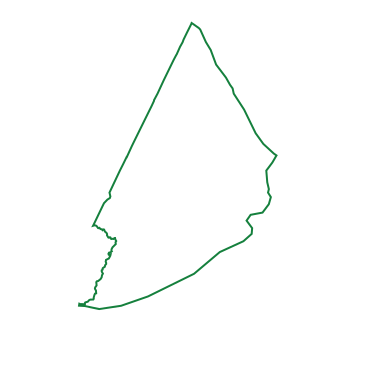 outline of Vallee-du-Ntem, Sud, Cameroon, rotated 116°
{"feature_id": "32672807B18543980764744", "entity_name": "Vallee-du-Ntem", "entity_type": "district", "adm_level": 2, "iso_a3": "CMR", "parent_name": "Cameroon", "parent_adm1": "Sud", "projection": "robinson", "projection_center": [11.172, 2.512], "detail": "fine", "context": "isolated", "style": "outline", "palette": "green", "viewbox_px": 384, "rotation_deg": 116, "n_neighbors": 0, "source": "geoboundaries", "source_scale": "gbopen_adm2", "svg_char_len": 2038}
<svg xmlns="http://www.w3.org/2000/svg" viewBox="0 0 384 384"><g transform="rotate(116 192 192)"><path d="M155.7,124.2L150.3,128.6L140.2,134.6L130.3,132.7L122.1,132.1L121.6,135.3L117.5,149.0L111.9,159.4L111.4,160.4L95.1,181.3L85.3,197.6L81.1,200.9L79.0,204.8L75.2,210.3L74.3,211.6L66.9,226.2L56.1,237.5L55.1,239.1L51.1,245.3L42.4,255.8L41.7,257.5L40.6,264.1L40.3,266.4L41.1,266.3L51.2,266.4L58.7,266.4L61.5,266.1L66.7,266.4L75.1,266.1L75.6,266.2L78.2,266.3L81.4,266.4L99.9,266.4L103.8,266.4L118.7,266.1L124.3,266.3L126.0,266.4L126.8,266.1L132.5,266.0L148.6,266.1L173.0,266.2L177.0,266.2L189.3,265.9L189.3,266.1L197.1,266.1L204.1,266.2L221.5,266.0L228.7,265.9L231.8,263.4L233.5,263.2L235.9,264.7L240.6,266.2L244.6,266.2L261.2,266.1L265.7,266.1L264.6,264.9L264.3,263.8L264.5,262.6L265.6,260.6L265.4,260.0L264.8,259.5L265.0,259.0L265.4,258.0L265.0,256.4L265.5,255.7L264.4,255.1L264.3,254.5L265.7,253.0L266.2,251.0L267.0,249.9L268.2,249.4L269.6,247.2L269.5,246.6L268.9,246.3L268.6,245.5L269.6,244.2L269.5,243.7L269.1,243.4L268.7,242.1L267.4,241.5L267.1,241.0L268.2,240.2L269.3,238.6L270.7,238.7L272.2,237.7L276.6,239.2L278.7,239.2L280.3,238.6L280.5,238.1L281.8,238.7L282.9,240.0L284.2,240.0L284.9,239.3L284.7,238.7L283.8,237.8L285.1,237.5L288.2,237.6L290.7,239.5L292.5,239.0L293.3,238.1L294.3,237.6L295.9,238.0L297.4,237.6L298.6,238.3L299.5,238.8L300.3,238.7L300.9,238.3L301.9,238.8L302.6,238.6L303.4,237.8L304.4,236.3L306.3,236.4L308.3,235.8L310.3,236.0L313.1,237.3L314.0,238.4L315.0,238.5L317.8,236.8L320.1,237.2L321.2,237.0L321.7,236.6L322.7,235.1L325.1,233.7L325.9,234.6L327.0,234.6L329.9,234.1L331.1,233.5L331.9,233.6L333.3,236.2L334.2,237.0L336.3,237.6L338.0,239.5L338.7,239.6L339.9,239.0L340.7,238.9L340.8,239.8L340.5,240.7L341.3,242.4L341.7,242.6L341.8,244.3L342.4,244.1L343.7,243.7L341.5,238.4L337.9,224.1L325.3,205.8L305.2,185.8L264.6,154.3L233.8,140.7L213.7,124.2L203.5,120.0L198.1,122.1L193.8,130.4L186.8,129.3L179.6,119.6L169.3,117.6L162.0,118.9L159.2,123.4L155.7,124.2Z" fill="none" stroke="#15803d" stroke-width="2"/></g></svg>